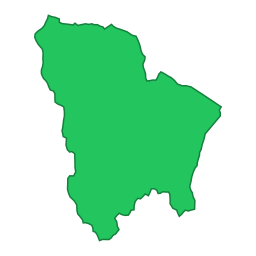 Coração de Maria, Bahia, Brazil
{"feature_id": "56859067B97509655153591", "entity_name": "Coração de Maria", "entity_type": "district", "adm_level": 2, "iso_a3": "BRA", "parent_name": "Brazil", "parent_adm1": "Bahia", "projection": "natural_earth1", "projection_center": [-38.789, -12.217], "detail": "fine", "context": "isolated", "style": "filled", "palette": "green", "viewbox_px": 256, "rotation_deg": 0, "n_neighbors": 0, "source": "geoboundaries", "source_scale": "gbopen_adm2", "svg_char_len": 2450}
<svg xmlns="http://www.w3.org/2000/svg" viewBox="0 0 256 256"><path d="M194.6,209.2L194.7,205.4L194.9,200.5L193.0,196.5L192.3,192.7L190.7,190.0L189.7,186.3L190.6,183.0L191.2,180.4L191.7,177.2L193.2,172.1L195.0,168.2L197.1,165.5L197.3,162.9L198.1,159.6L199.4,155.7L199.6,152.6L201.2,149.2L202.1,144.7L203.4,141.0L204.2,138.3L205.2,133.8L220.3,115.9L220.3,112.8L219.3,110.1L221.2,106.9L204.2,95.5L191.0,86.9L188.4,86.3L185.9,85.7L182.5,85.8L177.6,84.2L174.5,80.5L171.3,77.7L168.0,76.0L164.6,73.8L160.9,71.9L158.8,74.2L157.7,77.2L156.0,80.1L152.4,80.1L149.5,80.7L146.9,81.0L145.7,78.0L145.5,73.6L144.2,69.7L143.2,67.0L143.0,63.9L144.6,60.4L145.1,56.8L143.0,54.8L141.7,52.6L140.9,50.1L140.4,47.5L139.6,44.5L138.2,40.9L136.0,36.2L132.5,35.4L129.6,33.6L127.1,31.8L123.8,30.6L120.1,29.3L116.5,28.2L113.3,26.3L111.5,24.4L104.5,29.1L102.9,26.9L100.4,26.3L97.5,24.7L94.2,24.7L91.8,23.8L88.9,24.4L85.4,23.8L77.8,25.4L75.0,23.2L73.0,25.0L69.4,24.4L66.0,24.0L62.6,23.7L59.4,22.4L59.3,19.0L55.4,17.4L51.8,16.7L48.4,15.4L47.5,18.8L45.8,22.2L44.3,25.6L42.1,28.2L39.7,29.9L37.4,31.6L35.1,34.0L34.8,37.5L36.3,41.1L38.3,44.4L40.4,46.9L42.3,49.1L43.1,52.6L43.0,56.4L42.9,59.3L43.2,62.6L42.6,66.4L41.4,70.0L41.4,73.5L42.3,76.0L43.6,78.5L45.6,80.5L47.4,83.0L48.8,86.8L50.2,89.9L53.5,91.1L54.9,93.7L54.9,97.4L55.1,102.0L58.1,104.2L61.3,105.4L63.8,107.0L64.4,111.8L64.4,116.1L63.6,120.1L63.2,124.1L62.7,127.8L62.0,130.8L62.7,133.5L63.2,136.5L66.5,138.1L66.3,141.0L66.0,145.0L67.3,149.6L69.6,152.0L71.8,151.6L74.7,153.6L74.8,158.0L75.0,163.0L75.0,167.4L75.7,171.9L73.6,175.9L69.6,175.9L67.8,178.6L67.7,184.1L67.5,189.3L68.7,193.6L70.2,197.1L73.0,199.6L74.8,201.6L76.8,205.1L77.0,210.7L77.8,214.1L79.6,216.0L81.1,218.0L82.7,220.2L83.2,222.9L85.6,222.7L88.8,223.7L91.8,225.2L92.9,228.3L93.1,231.3L95.4,232.2L96.9,234.3L98.0,236.7L99.5,240.6L102.6,239.4L105.9,239.5L109.1,239.5L111.4,237.7L112.9,235.4L115.6,234.0L117.4,231.6L119.0,229.6L117.4,226.5L116.7,221.7L114.7,218.3L117.2,215.1L119.2,213.3L122.1,214.7L125.2,215.4L128.4,215.1L130.0,212.6L131.1,210.2L134.0,209.8L134.2,205.5L135.2,201.5L137.7,198.4L140.6,198.8L143.0,196.4L145.2,194.0L148.4,195.7L150.1,192.1L151.3,188.9L154.3,188.7L156.9,190.3L158.1,193.5L160.6,193.2L162.5,191.8L165.4,192.0L168.6,192.1L169.8,194.4L170.1,198.9L170.1,203.8L172.9,208.3L176.7,210.1L177.6,212.7L179.3,216.3L181.7,214.2L183.3,212.2L185.4,210.1L188.1,211.0L191.4,210.0L194.6,209.2Z" fill="#22c55e" stroke="#15803d" stroke-width="1.5"/></svg>